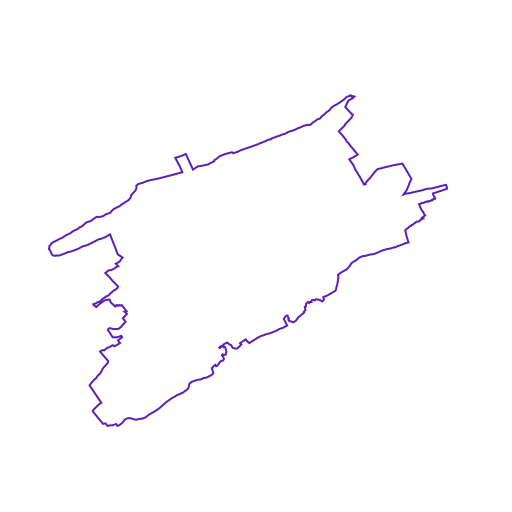 outline of Puiesti, Vaslui, Romania, rotated 258°
{"feature_id": "2599482B4132166404081", "entity_name": "Puiesti", "entity_type": "district", "adm_level": 2, "iso_a3": "ROU", "parent_name": "Romania", "parent_adm1": "Vaslui", "projection": "mercator", "projection_center": [27.45, 46.442], "detail": "fine", "context": "isolated", "style": "outline", "palette": "violet", "viewbox_px": 512, "rotation_deg": 258, "n_neighbors": 0, "source": "geoboundaries", "source_scale": "gbopen_adm2", "svg_char_len": 6077}
<svg xmlns="http://www.w3.org/2000/svg" viewBox="0 0 512 512"><g transform="rotate(258 256 256)"><path d="M299.0,424.1L315.9,418.5L316.2,409.8L315.7,392.9L313.2,389.2L308.4,383.6L307.4,381.9L305.5,379.5L304.1,377.8L303.5,378.0L303.4,376.5L311.0,374.3L319.9,371.1L324.2,370.3L331.2,367.4L332.6,372.5L334.1,376.6L343.2,371.7L347.8,369.6L349.0,368.5L350.9,368.1L356.3,365.5L360.7,362.9L364.9,369.4L365.6,370.2L366.0,370.2L371.3,378.0L374.0,380.1L374.8,379.3L383.2,374.3L385.6,376.2L386.3,376.5L387.1,377.6L388.0,377.9L389.0,379.0L390.0,382.8L391.5,385.4L392.3,384.0L391.7,382.9L393.5,382.1L393.1,380.7L392.6,377.3L390.7,374.5L389.3,371.2L387.8,367.4L386.5,362.8L386.1,362.4L385.3,360.3L383.9,359.0L382.5,356.3L381.9,354.6L380.4,352.5L378.9,349.2L377.4,347.7L377.0,346.2L377.0,345.0L375.8,342.0L374.4,338.6L373.5,337.6L373.1,336.7L373.0,335.3L373.4,333.7L373.6,333.7L373.4,329.3L372.7,327.0L372.2,323.4L371.3,319.9L370.5,312.5L369.5,310.1L369.4,308.2L369.6,307.4L369.2,306.5L368.7,303.3L368.4,299.8L368.0,298.9L368.1,297.9L367.9,296.1L366.9,294.5L367.2,294.0L367.1,291.3L366.6,290.2L364.6,279.1L362.7,263.3L361.6,259.0L361.3,255.0L362.0,254.7L362.4,254.1L362.4,250.6L361.9,245.2L361.1,241.2L359.4,237.8L358.3,235.1L357.5,234.9L356.7,232.6L356.4,230.2L355.5,228.8L355.5,220.3L355.8,217.7L353.6,212.3L370.4,208.6L369.3,203.3L368.8,197.4L358.9,200.3L353.2,201.3L352.1,177.5L352.1,166.9L351.9,164.1L351.2,160.8L350.9,156.1L350.6,155.1L349.6,153.5L347.6,153.3L346.2,152.6L344.8,151.3L342.1,147.4L340.8,146.2L338.9,145.3L337.2,143.0L334.0,134.4L333.2,133.2L331.6,126.8L329.9,123.9L328.6,122.5L327.9,117.2L326.9,115.3L326.7,113.7L326.8,110.2L327.3,109.2L327.4,108.3L326.3,105.3L324.6,101.6L324.0,96.7L322.4,94.1L320.8,90.8L320.8,89.3L319.7,87.7L318.3,82.1L317.0,79.5L316.0,74.9L314.1,70.2L313.5,67.1L312.6,64.5L312.5,63.3L312.1,62.6L311.8,60.7L310.8,58.4L309.6,57.5L308.6,55.8L307.7,55.7L305.8,54.9L305.5,55.4L299.7,56.8L298.8,57.6L298.0,59.2L298.0,60.5L297.4,64.0L298.4,70.6L298.9,72.7L298.8,75.2L299.4,79.8L300.3,84.7L301.4,88.0L301.8,93.7L305.0,105.5L305.0,107.8L305.6,111.8L307.5,117.7L286.2,121.2L282.3,125.2L278.9,121.4L277.9,118.6L277.7,117.3L274.6,119.1L274.4,117.7L272.6,112.9L272.3,111.1L272.6,108.9L270.7,105.1L265.2,108.6L261.1,110.7L255.5,114.4L254.7,114.8L253.5,113.7L252.3,111.5L251.8,109.7L249.6,105.7L248.1,103.5L247.6,101.3L245.7,96.6L243.7,93.4L243.7,91.3L243.0,89.8L242.7,86.8L242.3,86.7L239.3,89.1L242.2,94.2L243.9,98.4L244.2,100.3L243.9,103.7L240.8,104.3L235.8,107.8L236.2,108.7L236.9,109.0L236.8,110.3L236.0,110.6L236.2,111.5L236.1,111.8L236.3,112.4L235.8,112.6L235.6,113.7L235.9,114.1L235.9,114.5L228.9,117.9L228.9,115.8L226.3,117.7L223.8,114.4L222.9,112.8L218.8,114.8L216.0,110.8L214.9,109.7L214.2,108.0L213.6,107.3L213.3,106.1L213.9,102.5L214.4,100.8L215.8,98.2L215.7,97.3L215.0,96.0L214.6,95.7L206.2,99.0L205.5,102.5L205.5,104.0L205.9,107.7L204.3,108.2L202.6,104.5L202.4,103.6L200.4,104.0L199.1,104.9L197.2,99.4L197.2,98.5L198.3,97.8L198.5,96.9L197.6,94.5L196.8,90.7L195.2,87.8L195.7,87.0L195.7,85.5L195.3,84.1L194.9,83.6L184.1,89.5L183.0,89.3L181.4,87.8L178.9,84.1L177.2,82.2L175.5,81.2L174.8,80.2L173.5,79.3L171.8,76.2L170.1,74.7L168.8,72.2L166.2,68.7L164.1,66.3L144.5,74.2L143.4,71.4L142.1,69.2L139.0,64.5L137.9,64.1L123.6,71.4L123.8,72.6L123.4,74.1L120.6,75.4L120.8,77.8L120.3,80.0L120.7,84.3L118.5,85.3L118.8,86.7L120.0,89.5L120.8,90.9L123.2,93.6L123.8,95.2L123.9,98.0L122.8,101.0L121.2,103.2L120.7,105.6L120.9,108.4L120.5,110.5L121.1,114.3L123.0,118.2L125.1,124.7L127.0,129.5L131.7,137.8L134.4,144.0L135.4,147.4L136.3,149.4L136.6,151.8L137.3,154.1L137.3,155.7L138.7,158.4L139.3,160.2L140.5,162.0L142.3,163.2L144.8,164.2L145.7,166.0L146.2,166.4L146.9,171.2L147.0,174.0L146.7,176.2L147.5,179.5L147.4,182.6L148.7,187.4L149.3,188.7L150.3,190.0L155.4,189.4L155.3,189.9L156.7,191.1L158.0,193.6L156.4,194.1L156.9,195.6L158.0,197.0L159.5,198.1L159.7,198.7L160.7,200.1L160.5,201.9L161.6,203.0L162.5,203.2L163.6,203.1L166.0,202.0L166.8,202.8L166.1,203.8L165.8,204.9L165.8,205.7L166.2,206.1L167.1,206.3L168.0,207.0L169.3,207.2L173.2,206.8L173.8,206.3L173.6,205.4L174.8,204.5L173.4,201.5L174.1,201.1L174.8,202.1L175.2,204.3L176.6,206.8L177.3,210.0L175.2,211.5L173.9,213.2L171.1,214.0L169.8,216.4L169.4,218.1L170.3,220.1L172.5,223.2L174.0,222.3L176.6,228.6L174.3,229.7L172.2,231.3L175.3,239.6L176.7,244.2L176.9,247.2L177.4,249.8L177.5,253.7L179.0,261.6L179.7,263.5L180.0,265.3L180.0,266.8L181.5,272.0L188.8,270.1L190.9,272.4L191.3,273.6L191.3,274.4L190.9,274.3L188.1,275.2L187.8,275.0L187.7,274.5L186.0,274.6L185.0,275.8L184.8,276.6L183.7,277.8L183.4,278.4L183.4,279.0L184.4,281.5L187.2,284.7L190.7,291.3L191.4,291.1L192.8,293.1L196.0,293.2L196.0,293.9L196.3,294.3L197.1,294.3L197.6,294.8L198.8,294.9L200.1,297.0L200.2,297.5L198.9,298.3L199.8,299.2L199.5,300.7L200.4,300.6L201.5,301.9L201.0,303.1L200.2,304.3L201.3,305.5L199.9,309.1L197.8,311.3L199.2,313.4L201.9,313.4L202.4,317.0L205.5,326.5L206.7,327.4L208.7,328.1L210.8,329.4L216.6,331.6L217.5,332.1L220.5,332.2L222.2,335.8L223.9,341.5L225.2,343.6L226.4,344.9L227.0,346.1L228.2,346.9L229.1,347.9L229.8,349.3L230.9,352.8L232.9,356.5L233.7,360.6L233.4,362.8L233.7,367.9L233.4,371.9L234.5,378.0L234.9,378.9L235.5,384.6L235.4,389.4L235.8,393.0L235.4,394.3L236.2,396.0L236.3,398.2L237.4,404.5L237.5,408.0L243.9,407.4L250.1,407.3L251.4,409.3L251.5,410.3L252.1,410.8L253.1,412.8L253.2,414.0L254.0,414.8L254.1,416.1L255.0,417.6L256.2,420.6L255.9,422.9L257.0,424.0L257.2,424.9L257.6,425.0L257.7,425.6L258.2,425.8L257.8,426.7L257.9,427.0L258.5,426.9L258.2,427.6L259.4,427.5L260.6,429.9L261.9,429.2L264.3,428.7L266.2,427.6L272.8,426.2L272.9,428.1L273.6,429.5L273.0,431.1L273.7,433.0L273.5,433.5L273.9,434.9L273.2,435.6L273.9,437.0L273.6,437.7L273.8,439.0L274.2,439.4L273.8,440.2L274.9,441.4L274.7,443.0L275.1,443.3L278.7,442.1L280.4,442.1L281.9,456.4L282.1,456.8L283.1,456.8L283.2,457.1L286.1,456.6L286.0,451.2L285.8,448.8L285.8,446.2L285.5,442.0L286.2,437.1L285.7,431.5L285.7,422.9L285.5,419.7L285.9,414.8L285.6,413.3L289.4,417.3L293.8,420.4L296.0,421.6L299.0,424.1Z" fill="none" stroke="#5b21b6" stroke-width="2"/></g></svg>